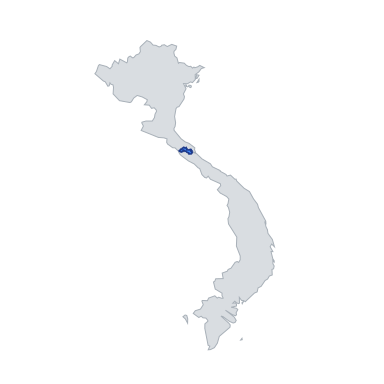 location of Tuyen Hoa, Quảng Bình, Vietnam, rotated 347°
{"feature_id": "81297802B14659466260998", "entity_name": "Tuyen Hoa", "entity_type": "district", "adm_level": 2, "iso_a3": "VNM", "parent_name": "Vietnam", "parent_adm1": "Quảng Bình", "projection": "robinson", "projection_center": [106.021, 17.9], "detail": "fine", "context": "in_parent", "style": "filled", "palette": "blue", "viewbox_px": 384, "rotation_deg": 347, "n_neighbors": 0, "source": "geoboundaries", "source_scale": "gbopen_adm2", "svg_char_len": 6076}
<svg xmlns="http://www.w3.org/2000/svg" viewBox="0 0 384 384"><g transform="rotate(347 192 192)"><path d="M231.9,73.6L228.9,73.8L225.7,76.5L221.5,78.3L220.5,83.2L217.0,85.5L215.4,84.4L211.9,85.5L208.1,84.4L209.4,90.1L205.7,94.5L206.1,97.4L205.1,99.6L198.5,105.9L196.6,106.0L195.2,107.1L192.0,114.6L191.6,120.9L190.2,124.4L188.8,125.9L188.4,127.9L193.4,137.8L196.7,141.7L199.9,143.8L204.7,149.6L204.0,151.2L204.4,154.5L202.1,153.5L202.4,153.9L205.1,155.7L209.2,162.0L216.3,168.7L217.5,172.0L224.3,177.5L224.2,178.2L229.1,182.6L229.7,184.3L233.3,184.2L236.7,189.3L237.8,189.3L238.1,191.5L243.6,200.1L248.1,204.5L250.4,212.6L253.1,218.7L253.2,222.2L257.3,237.0L257.0,239.0L256.2,237.1L256.3,242.7L257.0,245.7L256.7,249.4L259.6,256.3L260.0,263.9L257.9,260.6L255.8,262.9L257.4,268.3L255.6,267.8L255.7,275.1L256.6,277.7L256.3,278.7L255.4,276.7L254.7,280.2L255.4,282.6L254.2,285.2L252.5,285.4L251.5,290.9L248.4,291.3L246.1,293.8L243.3,294.7L238.1,299.5L234.8,300.3L233.0,304.0L230.1,304.5L219.2,310.9L217.9,309.4L215.9,308.8L214.4,305.3L213.3,310.9L212.4,311.3L210.7,310.2L209.1,308.0L206.8,309.5L209.4,309.9L210.1,311.4L209.7,313.1L204.2,313.1L209.2,315.3L210.2,316.9L207.8,319.6L207.8,321.5L206.7,322.4L203.9,320.7L198.0,314.7L205.0,323.3L206.2,327.1L204.6,328.8L202.6,328.9L199.3,326.4L194.1,320.3L192.3,319.4L198.4,328.1L199.3,330.1L198.6,332.3L186.1,338.8L182.7,345.0L178.8,348.7L174.6,349.7L172.3,349.4L174.7,346.2L173.2,345.0L173.8,327.8L174.9,323.4L178.4,321.5L178.5,320.6L177.2,318.0L174.3,317.0L173.0,315.1L170.4,315.8L165.9,310.6L168.5,308.4L173.9,308.0L177.6,304.4L177.1,300.5L177.6,300.0L182.6,301.4L184.3,299.1L190.9,298.3L192.7,301.0L194.3,300.5L197.3,302.4L198.5,302.4L197.9,299.7L198.5,297.3L192.8,291.8L192.7,284.5L194.1,284.1L195.6,281.9L202.9,283.4L203.2,277.8L208.6,277.1L209.8,275.6L212.9,275.0L218.2,270.2L220.4,269.9L221.6,271.1L223.7,268.9L224.6,265.2L223.1,254.7L225.5,246.0L220.4,231.3L221.0,226.1L222.5,224.3L224.2,220.1L224.0,215.3L223.1,213.0L224.5,211.4L226.3,207.1L224.7,204.2L219.3,199.4L217.2,195.5L221.4,192.3L221.5,190.3L212.8,183.7L211.3,180.2L209.3,181.6L207.7,180.7L205.6,177.3L204.8,170.9L203.4,169.8L200.5,165.2L195.6,161.0L189.7,154.1L188.5,152.0L187.8,148.9L185.4,145.2L183.1,144.5L179.0,139.8L178.5,137.9L179.6,134.6L176.8,132.9L171.6,131.3L156.3,120.6L159.5,116.8L158.6,113.3L159.0,112.7L163.2,112.5L169.3,113.9L172.2,111.0L173.5,107.8L175.6,105.4L175.6,104.0L174.1,101.4L171.4,101.4L169.9,97.8L165.2,96.3L168.3,93.9L169.2,92.0L164.9,88.2L160.3,85.6L156.3,87.4L153.2,90.5L151.7,90.9L141.9,86.7L137.2,78.7L139.1,72.2L139.1,69.8L137.2,68.7L136.6,67.2L135.2,69.9L133.8,70.0L132.3,65.1L130.6,63.9L124.0,54.9L126.0,53.1L129.2,47.9L130.4,47.0L137.0,50.5L139.8,53.5L142.6,51.5L142.7,50.4L146.2,46.6L149.2,50.5L151.6,46.3L157.5,51.5L158.4,50.5L159.6,47.0L161.2,45.9L162.5,45.7L164.1,47.8L165.4,48.0L168.3,45.9L171.3,45.5L173.3,43.6L173.8,39.5L174.5,38.8L182.1,34.3L185.2,36.6L187.1,40.1L189.8,41.0L192.6,43.3L194.8,43.0L195.5,42.2L198.2,42.3L200.6,44.7L205.5,43.6L209.9,46.4L208.4,49.4L206.2,50.8L205.6,52.3L205.7,55.7L207.5,57.9L207.7,63.5L208.9,63.0L213.4,64.7L215.1,67.4L217.2,69.1L219.0,69.2L220.4,71.4L222.0,70.7L222.7,71.6L225.8,71.3L228.0,70.4L231.9,73.6ZM159.1,311.1L159.3,314.6L158.2,318.8L157.0,314.2L155.1,311.5L157.6,310.3L159.1,311.1ZM225.1,79.8L222.5,82.4L221.4,82.4L222.8,78.7L225.1,79.8ZM214.6,89.8L213.8,89.9L212.3,88.2L213.1,87.2L214.8,87.9L215.2,88.7L214.6,89.8ZM223.6,86.0L222.6,86.5L221.4,86.5L224.2,83.7L223.6,86.0ZM210.2,85.9L211.3,88.8L209.7,87.3L210.2,85.9ZM217.9,309.9L215.8,312.2L215.7,311.2L217.9,309.9ZM207.7,347.2L206.1,347.2L207.8,345.8L207.7,347.2Z" fill="#d9dde1" stroke="#a8b0b8" stroke-width="1"/><path d="M201.1,153.6L200.9,153.3L200.9,153.2L200.7,153.0L200.6,152.9L200.6,152.7L200.8,152.6L200.7,152.5L200.7,152.4L200.7,152.2L200.8,152.2L200.7,152.1L200.8,152.0L200.7,152.0L200.8,151.9L200.7,151.8L200.6,151.7L200.4,151.7L200.5,151.5L200.5,151.4L200.6,151.2L200.4,151.0L200.4,150.9L200.5,150.8L200.5,150.7L200.8,150.5L200.7,150.3L200.6,150.2L200.4,150.3L200.3,150.2L200.2,150.2L199.9,150.0L199.7,150.0L199.4,150.1L199.2,150.2L199.2,150.3L199.1,150.2L198.9,150.2L198.7,150.3L198.4,150.3L198.3,150.2L198.2,150.2L197.9,150.2L197.7,150.1L197.4,150.0L197.2,149.9L196.9,149.9L196.7,149.8L196.5,149.7L196.4,149.7L196.4,149.4L196.4,149.2L196.5,149.2L196.6,148.9L196.7,148.7L196.8,148.7L196.7,148.5L196.7,148.4L196.6,148.2L196.4,148.1L196.4,147.9L196.3,148.0L196.1,148.0L195.9,148.0L195.8,147.9L195.7,147.7L195.4,147.4L195.3,147.2L195.2,147.2L194.9,147.3L194.8,147.2L194.6,147.3L194.5,147.2L194.5,146.9L194.4,146.8L194.3,146.7L194.2,146.6L194.0,146.8L193.8,146.6L193.7,146.6L193.4,146.7L193.2,146.9L193.1,147.0L192.7,147.1L192.4,147.2L192.2,147.2L192.0,147.4L192.2,147.5L192.3,147.5L192.3,147.8L192.2,147.8L192.1,147.7L191.9,147.8L191.8,148.0L191.7,148.0L191.4,148.1L191.2,148.0L190.9,147.9L190.7,147.7L190.5,147.8L190.4,147.8L190.3,148.0L190.3,148.3L190.2,148.4L190.1,148.5L189.8,148.7L189.1,148.6L188.8,148.7L188.8,149.0L188.8,149.4L189.0,149.5L189.5,149.7L189.5,150.0L189.9,150.2L189.9,150.3L190.0,150.4L190.3,150.3L190.5,150.5L190.8,150.5L190.9,150.8L191.0,150.8L191.3,150.7L191.5,150.4L191.6,150.2L191.8,150.2L192.0,150.2L192.1,150.3L192.3,150.4L192.4,150.5L192.5,150.5L192.6,150.4L192.6,150.2L192.4,150.0L192.4,149.9L192.5,149.9L192.8,149.8L192.8,149.6L193.0,149.5L193.2,149.4L193.2,149.5L193.3,149.6L193.3,149.8L193.5,149.8L193.5,149.7L193.6,149.9L193.8,149.9L193.9,150.0L194.0,150.0L194.2,150.3L194.1,150.5L194.4,150.7L194.4,150.8L194.6,150.8L194.8,150.7L195.0,150.7L195.1,150.8L195.3,151.0L195.5,151.3L195.6,151.5L195.9,151.7L195.9,151.8L195.8,152.0L196.0,152.2L196.1,152.3L196.3,152.5L196.5,152.5L197.0,152.7L197.1,152.8L197.5,153.0L197.4,153.2L197.4,153.3L197.3,153.5L197.3,153.8L197.6,153.8L197.6,154.0L197.6,154.3L197.8,154.4L198.0,154.4L198.3,154.3L198.5,154.4L198.7,154.5L198.9,154.5L199.0,154.5L199.5,154.7L199.8,154.7L200.0,154.7L200.1,154.4L200.2,154.2L200.3,154.1L200.5,154.0L200.7,153.9L200.8,153.9L201.0,153.9L201.0,153.7L201.1,153.6Z" fill="#3b82f6" stroke="#1e3a8a" stroke-width="1.5"/></g></svg>